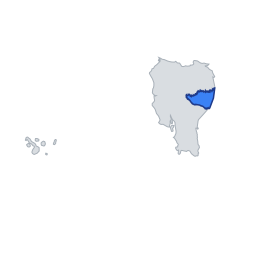 location of Pastaza, Pastaza, Ecuador, rotated 337°
{"feature_id": "8360857B89599541187452", "entity_name": "Pastaza", "entity_type": "district", "adm_level": 2, "iso_a3": "ECU", "parent_name": "Ecuador", "parent_adm1": "Pastaza", "projection": "equal_earth", "projection_center": [-77.325, -1.952], "detail": "fine", "context": "in_parent", "style": "filled", "palette": "blue", "viewbox_px": 256, "rotation_deg": 337, "n_neighbors": 0, "source": "geoboundaries", "source_scale": "gbopen_adm2", "svg_char_len": 7816}
<svg xmlns="http://www.w3.org/2000/svg" viewBox="0 0 256 256"><g transform="rotate(337 128 128)"><path d="M227.5,100.8L226.8,101.3L225.2,101.6L223.9,101.0L223.3,101.0L223.3,101.6L225.0,103.1L225.8,105.7L227.0,107.3L227.8,108.1L227.8,108.7L227.6,109.7L227.5,110.6L227.9,114.6L227.6,114.9L226.7,114.9L226.0,114.2L224.0,124.1L217.7,134.0L210.5,141.1L202.2,145.1L196.1,147.9L195.2,149.0L192.2,154.0L192.1,154.5L192.5,155.3L192.5,155.9L192.1,156.2L191.7,156.3L191.5,156.0L191.4,155.4L191.0,154.8L190.5,154.6L190.2,154.8L190.2,155.3L189.6,158.0L189.6,159.3L189.3,159.8L189.3,161.0L188.7,162.1L188.2,163.9L187.7,164.4L187.1,167.2L186.2,170.0L186.1,170.9L186.4,171.6L186.5,172.1L186.1,173.9L184.0,175.5L183.4,176.3L183.2,177.3L183.3,178.1L183.3,178.7L182.6,178.9L181.9,180.5L181.3,180.9L180.0,180.3L179.0,180.3L178.2,179.8L176.7,177.2L176.2,175.6L176.0,173.5L174.5,172.1L172.6,172.4L172.0,171.9L170.6,171.0L169.3,170.0L168.4,169.5L167.7,169.7L166.5,171.5L165.4,172.2L164.9,172.2L164.3,171.7L164.2,171.1L165.8,168.1L164.6,168.0L164.2,167.4L164.1,166.6L163.9,165.8L164.1,164.8L164.8,164.3L165.7,164.7L166.4,164.7L166.8,163.8L167.7,163.1L167.9,162.6L167.4,161.2L167.3,160.4L167.4,159.9L167.4,158.3L167.1,157.7L167.1,156.8L166.9,156.3L166.8,155.2L166.1,154.6L168.1,153.6L168.9,152.7L169.8,152.0L170.5,150.8L171.0,149.7L172.2,144.6L173.4,141.3L173.2,139.8L172.2,137.7L172.0,134.6L172.1,133.7L172.0,132.9L171.4,134.2L171.5,138.8L171.0,140.8L170.2,141.3L169.7,141.0L170.0,137.6L169.4,138.2L168.5,140.5L167.0,142.2L167.0,142.7L166.6,143.4L165.5,142.8L164.6,142.1L161.7,138.3L159.8,137.6L158.7,136.3L158.5,135.7L158.3,134.9L159.5,134.2L160.7,133.1L160.8,130.8L160.8,128.9L159.9,125.8L160.3,121.7L160.1,120.1L159.1,116.7L159.8,115.0L162.5,113.8L163.3,112.9L163.9,110.2L164.5,108.6L165.7,109.3L166.6,109.2L165.4,108.6L164.3,106.2L164.2,105.1L166.1,101.7L167.2,100.9L168.4,99.1L169.5,96.5L169.7,92.3L169.3,89.3L169.0,86.1L169.6,85.3L171.2,84.9L172.5,83.9L173.2,82.9L174.8,83.1L176.6,81.6L179.4,80.9L183.5,79.2L184.3,77.7L183.9,75.1L185.4,76.7L186.1,77.9L188.2,79.3L190.6,81.8L192.2,83.1L194.0,84.3L196.5,85.5L198.0,85.3L198.7,87.1L199.3,87.7L200.7,88.3L200.9,88.6L201.5,92.0L201.8,92.5L203.0,93.1L204.6,93.3L205.2,93.2L206.6,94.2L208.7,94.9L209.4,95.0L209.8,94.9L209.9,94.5L210.5,94.6L211.4,95.1L212.8,95.1L213.6,94.7L213.7,92.8L214.1,92.4L215.0,91.7L215.5,91.8L218.0,93.3L218.5,93.9L219.1,94.9L220.2,96.5L221.5,97.5L223.4,98.0L225.3,99.6L227.5,100.8ZM32.7,98.6L33.5,99.7L33.9,102.7L36.3,105.9L36.6,107.6L36.4,108.5L36.5,108.8L37.7,110.0L38.5,111.4L37.2,114.5L34.5,115.7L31.5,115.7L31.0,115.4L30.2,114.2L30.0,113.1L30.5,112.1L32.0,110.6L34.3,109.2L34.6,108.2L33.6,107.2L33.0,105.1L31.5,103.7L30.8,99.4L30.3,99.2L29.3,99.8L28.9,99.3L28.8,99.0L29.8,98.0L30.1,97.3L31.6,96.9L32.3,97.5L32.7,98.6ZM44.2,111.7L43.5,111.7L41.6,110.1L41.8,108.6L42.5,107.5L44.9,107.0L46.0,108.0L45.9,109.8L45.1,111.2L44.4,111.4L44.2,111.7ZM168.5,147.8L168.2,148.4L167.1,148.4L166.8,148.2L167.0,145.2L167.3,144.2L168.3,143.3L169.1,142.8L170.1,142.9L171.2,143.7L169.9,145.3L168.9,145.7L168.5,147.8ZM30.9,106.6L29.6,106.9L28.6,106.3L28.2,105.4L28.1,104.1L28.2,103.7L30.4,103.2L31.2,104.3L31.2,105.9L30.9,106.6ZM55.3,114.0L53.9,114.6L53.1,114.0L53.0,113.6L53.8,112.6L54.6,112.0L55.3,110.9L56.5,110.2L56.9,110.3L57.2,110.6L57.3,111.0L56.8,111.9L56.1,112.6L55.3,114.0ZM41.2,104.5L40.7,105.0L38.4,104.4L37.7,103.5L38.2,102.2L38.7,101.6L40.1,102.1L41.5,103.6L41.2,104.5ZM43.1,121.0L42.6,121.0L41.9,120.3L42.4,119.1L43.4,119.7L43.6,120.2L43.1,121.0ZM183.3,78.5L182.7,78.6L182.3,77.8L183.2,76.9L183.5,76.7L183.3,78.5Z" fill="#d9dde1" stroke="#a8b0b8" stroke-width="1"/><path d="M196.8,120.7L196.7,121.1L196.2,121.2L195.9,121.4L195.7,121.4L195.2,121.1L195.1,120.8L194.9,120.8L195.0,120.6L194.8,120.2L194.7,120.3L194.8,120.4L194.7,120.5L194.4,120.8L194.5,120.9L194.4,121.1L194.4,121.4L194.3,121.6L194.2,121.6L194.2,121.9L193.8,122.1L193.8,122.5L193.7,122.7L193.9,122.9L193.9,123.2L194.1,123.4L194.1,123.6L194.1,123.8L194.2,123.7L194.3,124.7L194.6,125.0L194.8,124.9L194.9,125.5L195.0,125.5L195.1,125.8L195.4,125.9L195.4,126.1L195.4,126.3L195.5,126.5L195.8,126.8L195.9,127.1L195.8,127.9L195.9,128.0L196.0,127.8L196.0,128.0L196.0,128.3L196.1,128.5L196.1,128.8L196.3,129.2L196.2,129.2L196.2,129.3L196.3,129.4L196.5,129.7L196.5,130.3L196.6,130.6L196.8,130.7L196.9,131.1L197.1,131.4L197.6,131.6L197.7,131.9L197.9,132.2L198.1,132.3L198.5,132.7L198.8,132.5L199.1,132.5L199.4,132.7L199.6,133.1L199.8,133.0L200.1,133.1L200.4,133.2L200.5,133.4L200.7,133.6L200.8,133.6L201.0,133.7L201.3,133.8L201.9,134.3L202.3,134.5L203.1,135.0L203.3,135.5L203.8,136.1L204.3,136.3L204.6,136.8L205.1,137.0L205.5,137.5L205.6,137.9L205.9,138.4L206.2,139.2L206.5,139.3L206.6,140.3L207.0,140.2L207.3,140.9L207.5,140.8L207.5,141.0L207.8,141.1L207.9,140.9L208.0,141.1L208.5,141.0L208.6,140.8L208.8,140.7L208.9,140.8L208.9,141.1L209.1,141.2L209.3,140.9L209.6,141.1L209.8,140.9L210.0,141.5L210.3,141.8L211.1,141.5L218.3,133.9L223.5,125.1L223.3,125.0L223.2,125.3L223.2,125.1L222.9,125.0L222.7,125.0L222.5,125.3L222.3,125.5L222.2,125.7L222.0,125.8L221.9,125.8L221.9,126.0L221.7,126.2L221.6,125.9L221.5,126.0L221.3,126.2L221.1,126.1L221.1,125.9L221.1,125.7L221.3,125.6L221.2,125.6L221.1,125.4L221.0,125.7L220.9,125.7L221.0,125.5L220.9,125.7L220.9,125.9L220.8,126.0L220.7,126.0L220.7,125.8L220.5,126.0L220.4,126.1L220.3,126.4L220.2,126.4L220.1,126.5L220.1,126.4L220.0,126.5L219.9,126.5L219.8,126.3L219.8,126.5L219.7,126.6L219.7,126.2L219.6,126.4L219.4,126.1L219.2,126.1L219.2,125.9L219.3,125.8L219.1,125.6L219.0,125.4L218.7,125.4L218.6,125.6L218.3,125.6L218.2,126.0L217.9,126.0L217.7,126.0L217.5,125.9L217.4,126.0L217.0,126.2L217.1,126.3L217.4,126.8L217.3,127.0L217.2,126.9L217.2,126.7L216.8,126.6L216.9,126.2L216.8,126.3L216.4,126.0L216.4,125.9L216.7,125.9L216.6,125.7L216.3,125.5L216.2,125.6L216.3,125.8L216.2,125.9L215.9,125.8L216.0,125.7L215.9,125.6L215.8,125.8L215.7,125.6L215.4,125.8L215.3,125.6L215.2,125.6L215.3,125.4L215.2,125.3L215.2,125.1L214.9,125.1L215.0,124.8L214.9,125.0L214.7,125.0L214.5,124.7L214.5,124.9L214.4,124.8L214.2,124.9L214.0,125.0L214.0,124.8L213.9,124.8L213.9,124.5L213.7,124.8L213.5,124.6L213.3,124.8L213.3,124.7L213.1,124.6L212.9,124.4L212.8,124.5L212.7,124.4L212.7,124.2L212.6,124.4L212.2,124.1L212.1,123.8L212.0,123.7L211.9,123.8L211.9,123.6L211.7,123.5L211.6,123.8L211.5,123.7L211.3,123.7L211.2,123.6L211.1,123.4L211.1,123.5L210.8,123.3L210.9,123.2L210.5,123.2L210.5,122.9L210.3,123.0L210.4,122.9L210.2,122.8L210.2,122.6L210.2,122.9L210.1,122.7L210.0,122.8L209.9,122.5L209.8,122.8L209.7,122.7L209.4,122.7L209.2,122.6L209.1,122.3L209.0,122.6L208.9,122.6L209.0,122.5L209.0,122.4L208.8,122.4L208.7,122.3L208.4,122.4L208.3,122.2L208.3,122.3L208.2,122.3L208.2,122.1L207.9,122.2L207.8,121.9L207.5,121.8L207.3,121.5L207.2,121.7L207.2,121.8L206.7,122.1L206.4,122.1L206.4,122.3L206.2,122.3L206.1,122.2L206.0,122.4L206.0,122.2L205.9,122.3L205.7,122.5L205.4,122.6L205.2,122.6L205.1,122.8L205.1,122.7L205.0,122.8L204.8,122.8L204.7,122.9L204.6,123.3L204.5,123.2L204.4,123.2L204.5,123.3L204.4,123.3L204.2,123.2L204.2,123.4L203.9,123.3L203.7,123.2L203.7,123.3L203.6,123.2L203.5,123.4L203.5,123.5L203.4,123.5L203.2,123.7L203.1,123.9L202.9,123.9L202.7,123.7L202.4,123.8L202.2,123.8L202.1,123.7L202.0,123.8L201.9,123.6L201.7,123.7L201.4,123.5L201.3,123.4L201.1,123.6L201.0,123.3L200.8,123.6L200.7,123.7L200.4,123.8L200.2,123.5L200.0,123.4L199.9,123.5L199.8,123.4L199.7,123.5L199.6,123.4L199.3,123.3L199.1,123.3L199.1,123.2L199.0,123.3L199.0,123.2L199.0,123.3L198.8,123.3L198.7,123.1L198.6,123.3L198.5,123.1L198.4,123.1L198.0,123.2L198.0,123.3L197.8,123.1L197.9,122.9L198.0,122.5L198.0,122.4L198.0,122.2L197.8,122.0L197.8,121.7L197.7,121.5L197.7,121.1L197.4,121.1L197.3,121.4L197.2,121.4L197.0,121.1L196.9,121.0L196.9,120.8L196.8,120.7Z" fill="#3b82f6" stroke="#1e3a8a" stroke-width="1.5"/></g></svg>